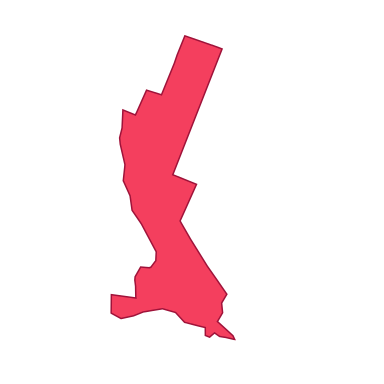 Sakarcage, Mary, Turkmenistan (Robinson projection), rotated 22°
{"feature_id": "10190150B2260035962137", "entity_name": "Sakarcage", "entity_type": "district", "adm_level": 2, "iso_a3": "TKM", "parent_name": "Turkmenistan", "parent_adm1": "Mary", "projection": "robinson", "projection_center": [61.097, 38.361], "detail": "fine", "context": "isolated", "style": "filled", "palette": "rose", "viewbox_px": 384, "rotation_deg": 22, "n_neighbors": 0, "source": "geoboundaries", "source_scale": "gbopen_adm2", "svg_char_len": 1359}
<svg xmlns="http://www.w3.org/2000/svg" viewBox="0 0 384 384"><g transform="rotate(22 192 192)"><path d="M166.3,48.1L165.9,48.1L155.5,48.4L155.3,48.5L126.9,49.9L126.9,65.3L126.9,70.5L127.4,79.2L127.3,113.3L111.7,114.6L110.8,140.4L110.7,140.4L110.7,141.8L97.7,141.8L97.2,141.8L103.2,158.9L104.4,167.5L104.6,168.9L107.6,174.6L115.5,185.9L116.3,187.0L119.6,191.8L120.4,194.4L124.1,207.4L124.5,207.7L136.0,218.7L143.3,231.4L155.5,239.5L155.9,239.8L157.1,240.6L181.2,260.8L181.4,261.3L184.2,269.3L183.8,270.5L182.0,277.3L181.4,277.5L181.2,278.1L172.5,280.8L171.0,291.9L172.0,295.1L175.0,300.5L179.0,309.9L179.7,311.3L155.7,317.4L162.3,334.3L162.5,334.6L173.6,335.9L184.2,328.7L191.7,321.5L191.8,321.4L193.7,320.3L199.5,316.7L208.4,311.3L220.6,310.0L221.9,309.9L228.2,312.9L233.5,315.4L234.0,315.6L247.7,313.8L255.1,312.7L258.1,320.0L262.7,320.0L264.0,317.4L265.7,314.2L271.7,315.6L274.8,314.9L277.7,314.2L286.1,312.9L286.8,312.7L285.9,311.9L285.1,311.1L283.8,309.9L279.5,308.3L271.5,305.3L264.1,302.6L265.0,296.7L265.4,293.8L265.6,292.5L261.2,284.1L261.1,283.8L261.3,282.3L262.6,273.7L261.8,273.2L250.5,265.8L250.1,265.5L244.1,261.6L235.3,255.9L233.9,255.0L232.7,254.1L208.3,236.3L194.0,225.1L191.8,223.3L191.8,222.7L192.2,212.5L193.3,183.2L193.1,183.2L190.5,183.2L167.7,183.2L167.7,182.7L166.3,48.1Z" fill="#f43f5e" stroke="#9f1239" stroke-width="1.5"/></g></svg>